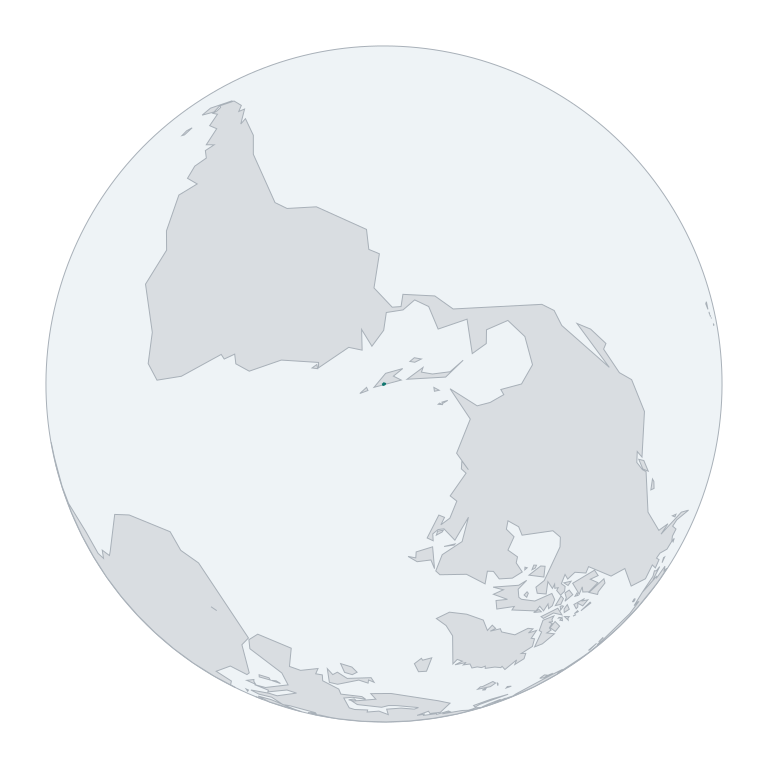 globe centered on Sánchez Ramírez, rotated 149°
{"feature_id": "DOM-1395", "entity_name": "Sánchez Ramírez", "entity_type": "Province", "adm_level": 1, "iso_a3": "DOM", "parent_name": "Dominican Republic", "parent_adm1": "", "projection": "orthographic", "projection_center": [-70.165, 19.005], "detail": "fine", "context": "on_globe", "style": "filled", "palette": "teal", "viewbox_px": 768, "rotation_deg": 149, "n_neighbors": 0, "source": "natural_earth", "source_scale": "10m", "svg_char_len": 9726}
<svg xmlns="http://www.w3.org/2000/svg" viewBox="0 0 768 768"><g transform="rotate(149 384 384)"><circle cx="384" cy="384" r="338" fill="#eef3f6" stroke="#a8b0b8"/><path d="M337.4,445.6L329.5,441.6L321.6,451.1L295.1,433.3L286.1,412.7L207.7,371.0L200.3,359.4L201.5,342.6L182.3,282.2L187.4,336.5L178.6,324.6L172.9,304.4L177.8,300.8L176.4,272.5L169.5,260.2L174.9,226.3L200.5,188.5L201.7,195.7L207.7,186.6L206.6,177.5L204.5,173.9L223.7,138.2L223.8,117.0L212.6,118.0L223.9,112.6L195.1,121.0L187.9,119.0L202.9,116.8L209.8,113.5L208.4,109.3L215.1,105.1L218.3,101.0L226.5,96.7L234.6,96.9L240.1,94.4L238.7,91.8L246.1,86.6L247.2,90.7L260.2,82.4L276.2,83.5L272.6,101.8L288.3,102.4L302.7,122.1L308.3,118.0L317.3,124.3L327.0,122.2L326.9,127.5L334.8,121.5L333.0,117.2L335.9,113.4L341.4,112.1L342.3,118.1L339.6,119.7L342.8,120.9L340.8,124.6L344.9,122.0L345.3,130.2L353.2,120.5L360.4,125.7L358.4,131.6L347.8,133.0L317.0,153.7L311.7,161.9L314.8,171.2L343.5,183.3L342.1,192.3L348.2,202.9L353.9,196.5L351.2,186.1L363.3,177.8L358.6,167.1L362.8,162.6L362.3,151.7L374.0,151.5L385.6,157.6L386.7,167.0L391.8,170.3L400.3,160.6L411.3,178.4L434.3,191.7L435.9,197.1L422.0,207.7L398.2,208.7L380.2,226.3L403.7,213.6L407.2,229.0L412.7,231.4L419.4,230.4L422.6,224.3L426.3,229.8L404.5,243.4L400.8,238.5L407.8,234.0L396.6,235.1L381.9,246.1L384.9,254.0L359.6,265.3L361.4,271.4L356.9,277.9L355.8,267.1L357.4,287.3L328.1,309.5L329.8,345.9L315.4,317.3L302.5,313.5L286.8,313.2L286.7,319.1L266.1,313.2L246.8,324.0L238.8,352.1L245.1,374.7L268.2,377.7L275.5,366.0L292.7,364.6L279.4,396.8L309.3,403.2L305.8,427.4L314.4,440.3L329.5,437.7L345.2,444.1L356.6,430.2L374.9,422.6L375.1,442.3L385.3,424.3L395.4,433.6L431.8,431.6L429.0,436.2L459.7,457.4L492.9,464.4L500.6,477.6L496.6,486.5L508.1,487.7L508.3,493.2L553.7,495.0L576.6,504.2L575.6,523.0L556.0,547.6L537.0,592.4L501.4,610.7L491.6,627.3L462.5,651.6L441.1,651.7L446.5,661.5L434.0,668.2L419.9,669.2L416.9,676.1L406.4,676.5L413.1,680.6L395.9,689.0L400.4,695.2L387.8,701.0L391.3,704.1L386.5,704.1L381.6,705.2L381.1,706.9L366.8,703.8L362.8,696.3L368.1,692.4L361.9,691.5L372.9,680.6L366.1,682.8L367.9,664.5L377.7,648.2L384.0,595.6L376.7,584.4L350.7,570.7L319.4,525.5L327.7,507.2L320.9,498.0L343.1,471.5L337.4,445.6ZM65.3,288.5L67.9,281.1L66.9,287.0L65.3,288.5ZM69.2,275.8L68.3,278.5L68.9,276.1L69.2,275.8ZM69.4,273.6L69.2,275.2L69.1,274.1L69.4,273.6ZM69.4,271.5L69.5,272.3L69.4,272.5L69.4,271.5ZM327.6,358.2L361.8,376.2L342.0,378.1L345.8,374.9L337.3,367.6L321.1,360.5L303.9,363.6L327.6,358.2ZM70.5,266.2L70.8,264.6L71.2,264.6L70.5,266.2ZM343.7,338.6L337.8,337.1L343.7,337.1L343.7,338.6ZM202.4,173.2L205.9,177.9L204.4,188.2L200.7,184.6L202.4,173.2ZM206.3,155.4L209.8,155.8L202.8,164.3L202.9,161.4L206.3,155.4ZM203.1,120.3L204.7,122.5L200.8,122.0L203.1,120.3ZM217.3,101.3L214.7,102.2L217.5,99.8L217.3,101.3ZM355.9,152.7L359.0,152.2L357.5,154.4L355.9,152.7ZM352.8,148.6L348.8,151.6L346.6,150.1L349.2,148.3L352.8,148.6ZM232.5,91.2L237.7,87.6L233.8,91.2L232.5,91.2ZM358.2,145.5L343.4,147.3L339.8,144.8L346.4,136.2L358.2,145.5ZM241.7,85.5L254.2,77.7L249.6,78.7L269.9,72.4L252.5,80.6L248.4,84.6L246.8,83.6L241.7,85.5ZM330.0,116.5L332.2,120.9L325.2,118.6L330.0,116.5ZM324.9,116.0L299.4,116.0L299.1,109.5L307.7,110.4L303.0,103.6L315.4,100.3L320.7,103.3L318.5,108.0L324.9,103.3L324.9,116.0ZM279.1,70.7L283.4,69.2L280.5,70.8L279.1,70.7ZM336.5,111.7L331.4,112.0L330.7,106.2L340.8,104.6L337.8,106.9L336.5,111.7ZM295.8,103.8L297.1,99.6L307.4,95.6L309.3,93.6L315.6,99.7L295.8,103.8ZM340.7,107.6L345.9,104.1L351.3,105.8L341.4,111.1L340.7,107.6ZM326.2,105.5L326.4,102.8L329.6,103.7L326.2,105.5ZM373.4,111.1L367.3,110.9L366.4,107.7L373.4,111.1ZM347.5,102.7L345.6,102.2L344.6,101.1L349.0,99.3L347.5,102.7ZM322.5,96.8L326.5,96.2L320.4,94.0L327.9,91.5L330.8,96.2L332.7,93.1L335.0,92.4L334.8,97.2L322.5,96.8ZM350.4,94.4L356.6,100.4L368.1,101.0L369.2,103.7L350.5,102.3L350.4,94.4ZM341.2,95.5L347.2,95.3L345.5,98.4L340.5,100.5L341.2,95.5ZM332.0,88.2L319.7,90.9L319.5,89.8L332.0,88.2ZM354.1,93.8L352.5,92.5L355.1,93.5L354.1,93.8ZM339.1,89.1L334.8,90.0L334.7,88.8L339.1,89.1ZM352.9,89.2L354.9,91.0L351.6,92.3L352.9,89.2ZM346.9,88.6L347.7,86.7L349.1,91.7L345.0,89.2L346.9,88.6ZM339.7,87.8L338.2,87.4L341.5,87.6L339.7,87.8ZM364.6,83.7L367.1,89.6L359.7,92.3L358.2,86.0L364.6,83.7ZM390.7,709.8L368.0,704.9L380.7,707.3L389.5,704.7L401.4,708.1L390.7,709.8ZM416.5,702.4L426.7,700.3L429.2,701.0L422.7,702.7L416.5,702.4ZM645.9,170.4L652.6,181.3L643.3,171.6L627.9,150.8L623.5,145.6L645.9,170.4ZM613.6,136.1L611.7,134.7L600.5,124.7L609.5,133.3L612.7,135.6L618.4,141.5L615.8,139.9L612.0,136.1L612.1,137.6L630.5,156.8L635.7,161.2L641.6,173.4L650.8,182.4L655.7,190.3L641.9,178.2L636.2,171.8L618.2,164.1L624.8,171.7L642.1,179.9L640.8,181.1L649.8,193.0L641.9,184.9L621.2,175.5L620.4,188.9L635.3,226.2L631.5,234.4L621.1,234.6L599.6,205.3L610.5,190.6L603.0,181.5L587.1,174.1L591.8,170.8L586.7,166.4L589.4,161.2L579.9,145.8L580.7,140.4L563.9,127.4L562.1,123.3L572.5,131.8L580.2,135.5L580.6,124.3L576.8,120.1L565.9,113.0L567.4,111.5L556.8,106.2L550.6,98.4L549.2,103.9L536.3,97.4L525.5,89.7L521.1,88.9L538.6,101.7L545.9,106.1L552.5,108.1L572.0,123.0L574.7,128.6L553.3,118.0L554.8,125.4L537.5,115.2L500.6,84.5L491.8,76.4L504.8,73.6L514.3,77.9L514.4,80.6L526.3,82.9L519.6,80.3L520.8,79.6L508.8,74.4L509.1,73.7L497.1,70.5L496.1,69.1L503.8,71.2L485.2,63.9L479.7,60.9L475.3,59.8L472.2,59.3L467.3,56.7L464.3,56.1L464.7,56.5L459.1,55.8L447.2,53.8L446.2,52.9L450.3,53.5L457.4,54.2L468.6,56.8L468.3,56.8L491.2,63.5L513.6,71.9L535.3,81.8L556.3,93.3L576.4,106.2L595.5,120.5L613.6,136.1ZM462.7,55.4L457.0,54.1L448.3,53.0L441.5,52.2L444.2,52.0L442.7,51.9L438.9,51.3L434.2,50.2L430.6,50.4L390.9,48.5L377.8,47.4L384.7,46.6L355.8,47.8L343.3,48.6L343.8,48.7L330.3,50.8L334.0,50.4L333.2,50.8L300.2,58.6L291.6,60.6L277.9,66.2L278.2,66.6L283.8,65.2L269.9,72.4L249.6,78.7L250.1,77.4L237.0,83.1L240.0,79.8L236.4,80.4L247.3,75.0L247.2,75.0L254.9,71.7L257.0,71.1L256.4,71.1L281.1,62.1L306.4,55.1L332.2,50.1L358.3,47.1L384.6,46.1L410.8,47.1L437.0,50.3L462.7,55.4ZM699.3,505.5L704.4,490.7L712.6,462.3L715.9,444.1L715.6,411.3L716.3,386.0L714.2,379.0L711.1,386.7L707.7,378.4L705.0,381.4L682.0,410.9L669.9,403.0L643.4,367.5L643.9,346.1L635.1,326.1L631.0,236.1L640.1,233.7L648.3,205.8L651.1,205.5L661.0,221.4L675.8,224.2L667.8,208.0L670.4,205.2L667.6,200.2L680.1,221.2L691.2,243.1L700.6,265.7L708.3,289.0L714.3,312.7L718.6,336.9L721.2,361.2L721.9,385.7L720.9,410.2L718.1,434.6L713.6,458.7L707.3,482.3L699.3,505.5ZM644.1,275.9L647.0,282.2L644.1,275.9ZM433.0,431.3L437.4,434.8L431.5,435.3L433.0,431.3ZM339.1,386.2L346.4,386.8L350.2,390.0L344.5,390.9L339.1,386.2ZM401.1,386.7L409.6,388.3L400.7,390.1L401.1,386.7ZM367.2,378.5L394.3,386.3L377.1,392.3L360.0,387.6L371.9,385.9L367.2,378.5ZM339.9,350.2L344.5,351.8L343.0,355.4L339.9,350.2ZM348.0,338.7L346.2,339.0L344.1,335.9L348.0,338.7ZM408.5,228.1L410.3,227.2L417.0,227.5L413.8,230.2L408.5,228.1ZM447.1,214.6L452.2,223.8L446.3,218.6L442.9,223.5L426.2,219.4L435.8,199.7L434.4,209.0L447.1,214.6ZM406.7,209.8L416.2,213.8L405.4,210.3L406.7,209.8ZM555.5,150.8L560.9,151.2L566.3,157.1L565.2,166.7L557.3,157.9L555.5,150.8ZM567.2,150.6L546.3,138.9L546.1,133.4L549.7,138.3L551.7,135.8L558.1,143.2L578.4,150.5L584.5,156.4L579.2,169.2L577.6,161.3L572.4,161.0L567.2,150.6ZM493.2,127.4L484.1,124.7L495.5,115.9L502.6,119.6L502.0,128.6L493.2,129.6L493.2,127.4ZM372.6,131.0L368.4,132.2L368.1,130.3L371.5,127.7L372.6,131.0ZM370.6,111.2L390.7,124.4L386.9,126.2L403.2,133.0L399.5,140.7L389.1,135.8L398.5,147.4L387.6,146.1L395.1,153.7L372.2,142.1L362.8,142.2L374.7,139.0L378.3,131.7L377.1,128.7L366.5,120.3L348.0,118.0L348.7,111.3L354.0,107.2L358.6,106.7L356.7,111.0L364.1,107.4L364.9,113.3L370.6,111.2ZM416.4,76.2L412.4,79.2L427.4,77.0L428.2,81.2L429.9,80.7L434.8,84.3L443.7,88.1L442.5,90.0L446.5,90.7L449.8,93.5L454.9,95.3L454.5,99.7L460.7,102.4L457.0,103.0L467.7,106.7L459.6,106.1L463.1,110.2L469.1,108.6L454.9,132.8L455.2,145.0L459.9,156.0L445.4,154.7L431.7,144.1L420.5,130.5L422.3,119.5L415.4,121.5L414.2,117.0L420.2,117.4L410.3,114.3L410.9,110.9L401.0,101.6L386.4,100.4L382.4,97.4L388.4,96.2L380.2,94.2L388.8,90.2L386.2,88.1L392.0,82.6L405.2,82.3L401.2,80.1L405.5,76.4L416.4,76.2ZM366.6,82.1L382.1,79.7L390.3,81.1L376.6,90.3L377.9,92.7L369.4,99.6L357.8,97.7L361.3,95.7L362.0,93.5L365.4,95.0L363.2,92.2L367.9,89.7L367.5,87.0L372.7,86.8L366.6,82.1ZM647.7,197.7L648.7,196.3L648.7,192.8L654.3,200.7L647.7,197.7ZM633.9,191.4L633.9,188.8L641.8,197.2L640.8,199.1L633.9,191.4ZM627.0,180.6L633.2,188.0L629.3,185.1L627.0,180.6ZM571.7,129.4L570.8,126.7L573.4,128.1L577.0,131.5L571.7,129.4ZM461.0,74.1L457.4,74.8L455.5,73.9L443.9,72.9L442.3,70.2L448.7,69.8L461.0,74.1ZM651.8,177.9L655.0,182.1L654.0,180.9L652.3,178.6L650.3,176.0L651.8,177.9ZM657.8,191.5L659.1,190.8L659.3,193.7L657.8,191.5ZM457.4,71.0L452.8,70.8L454.8,69.7L457.4,71.0ZM440.6,68.3L441.8,66.8L440.8,69.8L440.6,68.3ZM437.4,54.1L455.4,57.8L467.2,60.1L472.3,60.2L472.8,62.3L454.6,58.7L437.4,54.1ZM396.8,48.9L392.4,49.8L389.1,49.2L389.7,48.9L396.8,48.9ZM397.8,49.7L402.1,51.5L396.3,52.0L394.0,50.3L397.8,49.7ZM430.5,59.4L435.9,60.5L434.1,61.2L430.5,59.4ZM281.9,68.9L283.2,69.1L279.6,70.0L281.9,68.9ZM335.6,50.6L333.9,51.2L329.7,51.7L335.6,50.6ZM327.0,53.5L332.8,52.4L327.1,53.9L327.0,53.5ZM345.9,50.4L335.4,52.2L344.8,50.1L345.9,50.4Z" fill="#d9dde1" stroke="#a8b0b8" stroke-width="1"/><path d="M383.7,384.9L383.5,384.6L383.3,384.5L383.2,384.4L383.1,384.2L382.9,384.0L382.8,383.9L382.8,383.7L382.7,383.6L382.9,383.4L383.1,383.3L383.3,383.2L383.5,383.1L383.8,383.1L384.0,383.1L384.3,383.2L384.6,383.2L384.7,383.3L384.8,383.3L385.0,383.3L385.3,383.4L385.4,383.5L385.4,383.8L385.3,384.2L385.2,384.6L384.9,384.6L384.7,384.6L384.3,384.7L384.2,384.8L383.7,384.9Z" fill="#14b8a6" stroke="#0f766e" stroke-width="1.5"/></g></svg>